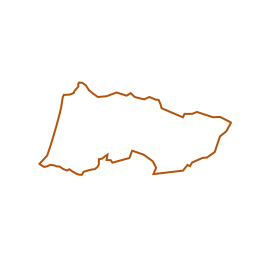 the district of Argaka, Paphos, Cyprus, rotated 335°
{"feature_id": "46923920B98204457284420", "entity_name": "Argaka", "entity_type": "district", "adm_level": 2, "iso_a3": "CYP", "parent_name": "Cyprus", "parent_adm1": "Paphos", "projection": "mercator", "projection_center": [32.504, 35.066], "detail": "fine", "context": "isolated", "style": "outline", "palette": "amber", "viewbox_px": 256, "rotation_deg": 335, "n_neighbors": 0, "source": "geoboundaries", "source_scale": "gbopen_adm2", "svg_char_len": 1183}
<svg xmlns="http://www.w3.org/2000/svg" viewBox="0 0 256 256"><g transform="rotate(335 128 128)"><path d="M223.3,166.0L216.1,156.9L209.6,154.2L197.2,142.6L192.1,142.3L185.2,139.1L182.3,141.5L166.8,124.3L167.5,120.2L167.6,115.5L165.0,113.9L160.5,108.9L154.8,108.9L147.2,102.8L145.2,97.6L140.4,98.1L132.6,91.0L121.9,90.1L113.8,87.2L110.9,82.1L108.6,77.2L107.8,71.5L105.6,67.7L102.9,66.1L101.5,67.1L100.5,69.5L95.5,71.6L93.5,73.3L89.3,73.1L83.8,70.9L81.9,72.5L75.9,81.4L72.3,85.9L64.9,94.8L58.6,102.0L51.3,110.2L43.1,118.8L37.4,121.2L32.6,123.1L32.9,123.7L34.2,125.8L35.5,127.8L38.5,128.6L42.0,128.5L45.3,130.7L47.7,133.1L49.3,133.6L52.2,138.1L54.9,140.8L57.4,140.6L59.3,143.9L61.0,146.3L62.4,148.2L64.2,149.8L66.4,150.9L69.3,148.9L73.3,149.5L78.0,150.4L80.7,151.3L84.1,150.3L86.3,148.6L87.5,145.9L88.4,144.0L91.4,144.8L96.3,143.8L98.1,143.5L95.1,148.0L98.8,149.9L99.2,152.8L116.6,155.8L122.2,150.3L131.0,158.9L136.4,168.7L136.6,176.0L131.6,180.5L132.1,180.7L159.9,189.9L166.3,186.6L168.1,188.7L171.5,186.4L178.5,186.5L182.9,186.6L187.2,188.2L187.3,188.1L196.5,186.4L207.8,174.5L215.8,172.5L223.4,166.9L223.1,166.2L223.3,166.0Z" fill="none" stroke="#b45309" stroke-width="2"/></g></svg>